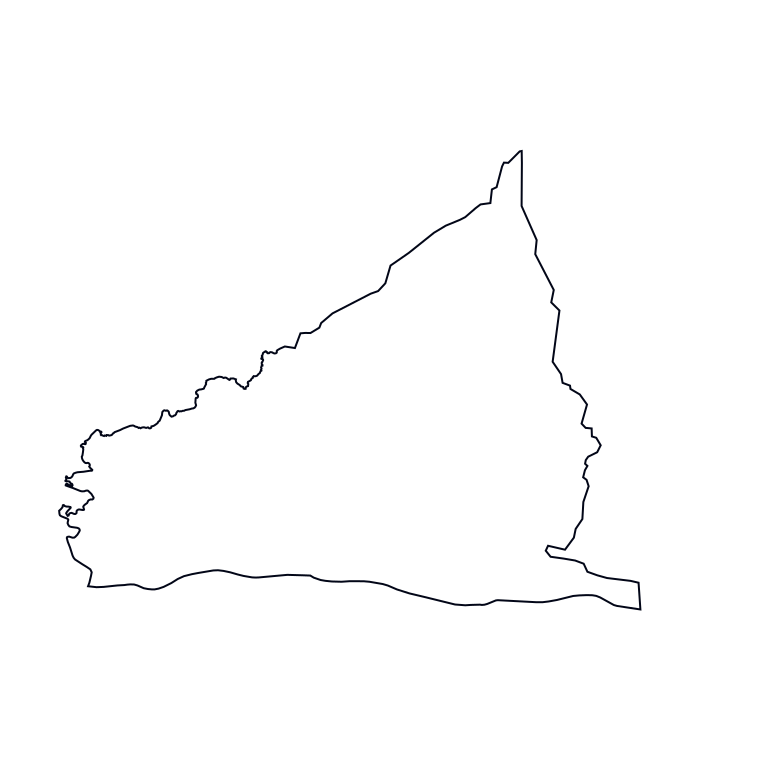 the district of San Javier, Río Negro, Uruguay, rotated 281°
{"feature_id": "84410073B27439401381300", "entity_name": "San Javier", "entity_type": "district", "adm_level": 2, "iso_a3": "URY", "parent_name": "Uruguay", "parent_adm1": "Río Negro", "projection": "equal_earth", "projection_center": [-58.06, -32.653], "detail": "fine", "context": "isolated", "style": "outline", "palette": "ink", "viewbox_px": 768, "rotation_deg": 281, "n_neighbors": 0, "source": "geoboundaries", "source_scale": "gbopen_adm2", "svg_char_len": 6107}
<svg xmlns="http://www.w3.org/2000/svg" viewBox="0 0 768 768"><g transform="rotate(281 384 384)"><path d="M329.6,202.4L327.3,203.6L325.9,203.3L324.6,202.6L323.6,201.3L323.3,200.2L322.1,198.0L320.5,194.0L319.6,192.9L319.3,191.6L318.5,190.3L318.4,189.3L318.0,188.4L318.3,187.2L318.0,186.6L315.9,185.7L314.9,185.7L313.5,185.0L313.0,184.0L312.0,183.0L311.4,181.6L312.5,179.7L313.4,179.0L315.8,177.9L316.6,176.6L316.7,176.0L316.3,175.6L316.1,174.5L316.3,173.8L316.2,173.3L315.9,172.8L314.3,171.8L313.3,171.8L311.0,172.0L305.2,170.8L303.8,169.6L302.4,169.2L300.5,167.5L298.9,165.8L298.0,163.8L296.6,163.8L295.8,162.8L295.7,162.0L296.4,160.6L295.5,158.9L295.7,156.9L295.4,155.5L294.9,154.4L294.1,153.5L294.5,152.4L294.0,151.5L294.6,150.4L294.8,147.7L295.2,146.8L295.4,145.5L294.5,142.8L290.5,136.4L288.4,133.7L285.3,128.7L284.3,128.1L283.9,127.5L282.3,126.7L281.7,126.0L281.0,124.4L280.9,123.8L281.2,123.2L281.0,121.5L280.1,121.3L280.2,119.7L279.5,119.2L279.6,118.2L280.1,116.5L279.8,116.1L280.1,115.7L281.7,115.5L282.0,115.0L282.9,115.8L283.2,115.6L283.3,114.3L284.0,112.9L284.3,112.0L284.1,110.9L283.5,110.2L278.4,106.6L277.3,106.1L274.7,105.4L273.5,104.6L272.3,103.6L271.1,101.8L270.6,101.4L270.0,101.4L269.3,102.6L268.1,102.5L267.9,102.2L267.9,100.5L267.6,99.6L266.4,98.6L265.8,98.2L265.2,98.3L264.7,98.7L264.7,100.5L264.4,100.9L263.6,100.7L263.0,101.1L262.3,101.3L259.4,101.5L256.2,101.6L255.1,101.2L253.8,101.6L252.3,102.4L251.0,103.6L250.0,104.9L249.5,106.0L249.6,107.1L250.1,108.3L250.0,109.1L249.4,110.0L248.8,110.5L248.0,110.7L247.4,110.7L246.7,110.4L245.8,111.3L244.1,114.0L243.4,114.0L243.1,113.6L242.7,111.8L240.5,105.7L238.9,100.0L238.0,98.1L237.0,96.6L236.0,96.1L234.4,95.8L233.1,95.2L232.0,94.2L231.4,92.3L231.5,91.5L231.9,91.0L232.6,90.4L232.7,89.8L231.7,89.5L229.9,90.4L229.1,90.2L228.4,89.7L228.0,89.8L227.8,90.9L228.2,92.0L228.2,93.9L226.7,95.3L226.5,96.6L226.1,97.1L225.2,97.6L224.4,97.4L224.2,96.7L224.6,95.5L224.8,93.6L225.4,92.5L225.5,91.7L225.0,91.0L224.0,90.8L223.7,90.9L223.4,92.6L222.6,98.1L221.0,106.4L221.0,108.0L221.5,110.2L222.3,111.5L222.8,112.9L222.7,114.0L220.2,117.8L217.1,120.6L216.0,120.6L215.0,119.8L214.6,117.8L213.6,116.4L212.9,115.9L210.5,115.3L208.5,113.4L207.2,112.5L206.1,112.2L203.6,113.5L203.1,113.3L202.8,112.2L202.7,108.7L202.4,107.9L201.5,106.9L200.6,106.5L198.7,106.8L197.6,106.0L197.3,104.7L197.9,102.0L197.5,100.9L196.9,100.0L195.8,99.6L194.7,99.5L194.2,98.6L196.3,96.7L197.1,96.8L198.8,97.6L202.6,100.0L203.0,100.0L203.4,99.7L203.4,97.4L203.1,95.7L203.3,93.8L204.1,92.7L203.7,91.9L201.7,91.9L199.8,90.9L197.6,89.3L194.6,90.2L193.3,90.9L192.6,92.4L191.3,99.2L190.5,100.0L187.9,99.9L186.9,100.0L185.3,101.1L184.2,102.4L184.0,104.5L184.3,110.2L184.0,111.9L183.2,112.9L182.1,113.3L180.9,113.0L177.6,111.8L175.0,110.1L174.1,109.2L173.7,107.5L174.1,104.1L173.8,103.0L173.2,102.1L172.3,102.0L168.6,103.8L163.6,107.0L156.2,111.0L154.2,112.5L152.8,114.2L149.5,122.3L147.7,127.1L146.0,131.1L143.4,133.0L139.7,133.0L132.7,132.7L129.0,132.1L129.7,140.6L131.3,147.4L135.4,160.8L137.1,167.5L138.1,170.4L138.9,173.3L139.5,177.0L139.2,180.4L137.7,187.1L137.7,191.3L138.1,195.5L138.6,198.0L140.1,201.7L142.8,206.4L148.0,213.2L153.2,218.7L157.2,224.3L160.7,231.8L163.2,238.1L168.4,252.0L169.5,256.6L169.9,262.1L169.8,269.0L169.1,276.8L168.8,282.7L169.0,291.3L169.5,294.9L170.2,297.9L178.2,325.5L180.8,341.2L181.9,348.2L180.5,352.0L179.5,359.2L179.6,364.0L180.2,370.5L181.8,380.1L183.9,388.0L186.5,401.7L187.1,407.4L187.4,420.9L186.9,426.2L184.8,435.9L183.3,448.9L182.6,465.7L181.1,495.8L182.3,506.0L183.7,511.4L185.7,520.3L185.8,522.2L186.5,524.7L187.8,527.3L192.9,535.1L193.5,536.9L198.8,574.7L200.1,581.4L201.9,587.0L205.0,595.0L212.0,610.1L213.7,615.9L215.5,623.5L216.4,628.9L216.5,632.8L215.7,637.0L210.9,651.8L210.6,655.1L211.6,678.7L237.5,671.8L237.8,663.6L236.1,639.9L236.9,629.9L238.5,619.5L245.7,614.3L247.2,605.3L246.9,593.6L246.2,580.5L251.2,574.6L256.5,575.9L255.9,593.3L269.4,599.7L278.3,599.8L289.3,604.5L306.2,602.2L322.7,604.4L328.6,601.1L330.4,597.3L337.7,597.7L342.4,599.3L344.1,596.6L347.8,596.6L351.6,598.3L357.7,606.3L365.2,608.4L371.7,602.6L372.2,598.1L380.0,596.3L379.4,590.3L382.8,585.5L402.6,587.2L411.1,578.2L414.7,568.0L417.9,566.9L419.2,559.1L427.5,555.9L438.0,545.3L489.6,542.2L496.0,532.6L508.7,532.7L540.3,507.7L554.4,506.4L585.0,485.1L627.2,477.2L639.0,474.7L638.2,472.8L624.8,463.8L624.2,459.5L620.1,458.4L598.7,457.0L595.6,452.8L581.9,453.9L578.7,444.5L574.0,440.3L563.3,431.9L559.7,427.3L551.2,414.4L542.0,404.2L517.4,383.3L501.5,367.8L483.1,366.1L474.1,360.5L470.1,353.7L443.5,320.0L431.9,310.7L427.0,309.8L420.0,302.1L419.1,296.9L417.8,292.3L402.3,289.7L401.9,279.5L398.9,275.2L396.8,272.8L395.9,272.4L394.9,272.7L394.3,272.7L393.6,272.1L393.1,270.9L393.2,269.6L393.7,268.3L393.7,266.7L393.3,265.9L392.4,265.4L392.1,264.5L392.0,263.9L392.3,263.4L392.9,263.3L393.1,262.2L393.5,262.0L393.5,261.3L392.7,260.8L392.1,259.9L391.2,259.3L389.5,259.3L388.4,258.7L387.7,258.9L387.5,259.4L386.6,259.6L386.3,259.0L385.9,258.7L385.4,258.7L385.2,259.3L385.3,259.9L385.0,260.5L384.4,260.8L383.0,260.5L382.6,260.2L382.0,260.3L381.4,259.9L380.0,260.3L379.5,261.1L378.8,261.2L378.4,260.4L376.7,260.2L375.9,260.8L374.3,260.5L374.0,261.1L373.7,261.1L373.5,260.7L373.0,260.5L372.1,260.1L371.0,260.0L370.0,259.0L368.0,257.9L367.3,256.8L366.9,255.7L366.9,254.6L365.7,253.9L365.1,254.1L364.4,253.4L363.3,252.7L362.3,252.6L360.7,250.8L360.2,250.1L359.0,250.0L358.1,250.8L356.0,250.9L355.3,249.7L354.3,248.9L352.9,249.1L352.6,248.3L352.7,247.1L354.2,246.3L354.4,243.9L355.5,242.5L356.4,240.1L357.5,238.6L359.5,237.7L360.3,237.8L360.7,235.2L360.1,232.3L359.0,232.0L358.5,231.4L360.0,228.0L360.0,226.7L359.3,225.5L359.9,223.3L359.7,220.7L358.7,218.8L357.5,217.0L356.8,216.6L356.1,213.3L355.1,211.3L353.3,209.0L352.0,209.2L351.0,208.9L350.5,209.2L350.0,209.4L346.2,208.2L345.2,208.1L344.9,207.8L343.8,205.5L343.3,203.8L342.6,202.9L341.9,202.0L340.2,201.0L339.7,201.1L339.1,201.6L338.6,201.5L338.2,202.1L338.1,202.9L337.5,203.4L336.6,203.8L335.7,203.8L334.9,203.4L334.6,202.3L334.3,202.0L333.8,201.9L329.6,202.4Z" fill="none" stroke="#020617" stroke-width="2"/></g></svg>